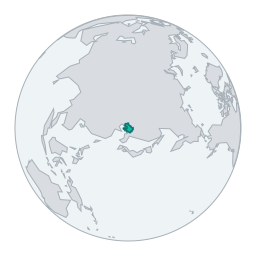 the Earth from above Liaoning, rotated 63°
{"feature_id": "CHN-1813", "entity_name": "Liaoning", "entity_type": "Province", "adm_level": 1, "iso_a3": "CHN", "parent_name": "China", "parent_adm1": "", "projection": "orthographic", "projection_center": [122.279, 41.097], "detail": "fine", "context": "on_globe", "style": "filled", "palette": "teal", "viewbox_px": 256, "rotation_deg": 63, "n_neighbors": 0, "source": "natural_earth", "source_scale": "10m", "svg_char_len": 13852}
<svg xmlns="http://www.w3.org/2000/svg" viewBox="0 0 256 256"><g transform="rotate(63 128 128)"><circle cx="128" cy="128" r="113" fill="#eef3f6" stroke="#a8b0b8"/><path d="M219.5,189.5L219.4,189.9L219.3,190.1L219.5,189.5ZM209.9,50.7L209.4,50.3L210.5,52.0L206.9,50.7L197.1,45.4L197.4,44.4L195.0,43.5L194.5,44.8L194.7,46.0L185.8,46.7L182.8,53.5L185.6,57.8L182.0,55.4L189.9,65.3L190.7,71.6L187.5,63.2L185.4,61.5L184.8,65.0L182.5,64.0L180.9,65.2L178.2,63.7L176.5,59.2L174.7,58.3L174.4,60.9L171.5,61.3L172.3,57.6L167.3,58.0L163.6,51.2L167.8,43.6L163.5,39.7L161.7,31.8L159.6,31.8L157.6,29.1L154.4,28.2L155.0,27.3L151.9,27.5L152.0,28.5L150.7,29.0L148.8,28.7L149.2,27.3L150.2,27.3L149.4,26.7L150.4,26.2L148.8,26.3L149.6,24.8L146.1,25.8L144.3,24.2L145.6,23.4L149.1,24.1L160.6,24.9L162.9,24.8L162.7,23.6L154.7,19.9L155.8,19.6L154.7,18.9L152.4,18.5L152.5,19.1L148.0,18.5L148.7,19.5L147.0,19.6L146.2,20.6L142.5,19.8L139.2,18.7L139.6,17.9L138.2,17.4L134.7,17.9L132.4,16.4L125.7,15.7L130.9,15.4L138.9,15.9L142.8,16.3L151.2,17.8L159.5,19.9L167.6,22.6L175.5,25.9L183.1,29.8L190.4,34.2L197.3,39.2L203.8,44.7L209.9,50.7ZM140.0,16.0L137.4,15.8L137.3,15.7L140.0,16.0ZM233.5,110.2L232.6,108.4L233.4,108.3L233.5,110.2ZM231.9,108.2L232.2,108.6L231.9,108.5L231.9,108.2ZM231.6,108.7L231.8,108.4L231.6,109.0L231.6,108.7ZM231.2,109.6L231.4,109.0L231.2,109.6ZM230.3,110.3L230.1,110.5L230.1,109.7L230.3,110.3ZM195.2,46.7L194.7,45.0L196.1,44.3L196.7,45.8L195.2,46.7ZM192.3,48.5L191.5,47.3L194.2,48.0L193.9,48.5L192.3,48.5ZM188.1,61.3L188.2,59.4L188.9,61.6L188.1,61.3ZM181.1,65.6L181.8,66.5L180.7,66.7L181.1,65.6ZM148.3,21.0L147.3,20.8L148.0,20.7L148.3,21.0ZM149.0,21.7L150.5,21.7L151.1,22.0L150.1,22.0L149.0,21.7ZM175.5,64.9L173.5,65.2L175.3,64.1L175.5,64.9ZM147.0,21.6L151.8,22.7L152.7,23.3L149.8,23.8L147.0,21.6ZM172.1,64.8L167.1,65.8L168.3,67.8L162.2,63.0L168.4,63.6L170.5,61.8L170.5,63.7L172.1,64.8ZM152.8,29.0L152.7,27.9L154.6,29.2L152.8,29.0ZM154.4,29.8L162.0,33.7L161.3,35.4L158.9,33.7L159.4,36.4L155.3,35.3L154.1,33.5L155.3,32.6L152.8,32.9L154.4,29.8ZM159.6,60.3L158.2,59.9L159.4,59.4L159.6,60.3ZM150.3,29.3L151.9,29.9L151.4,31.4L148.1,30.6L149.3,30.3L150.3,29.3ZM161.5,37.7L160.5,38.8L157.0,38.1L156.1,38.5L155.1,35.4L161.5,37.7ZM148.5,29.8L146.4,30.1L145.0,29.2L148.7,28.9L148.5,29.8ZM152.7,32.1L152.3,32.9L151.4,32.2L152.7,32.1ZM138.6,26.2L140.5,26.6L140.4,27.4L138.6,26.2ZM145.8,30.3L146.3,30.7L146.5,31.1L144.9,31.1L145.8,30.3ZM152.7,35.2L151.4,34.8L152.9,36.5L150.3,36.2L150.1,34.2L149.0,35.0L148.2,34.9L149.0,33.4L152.7,35.2ZM143.8,32.5L142.6,30.1L139.0,29.0L139.0,28.2L144.8,30.1L143.8,32.5ZM146.8,33.1L144.9,32.5L145.8,31.8L147.7,31.7L146.8,33.1ZM148.5,36.8L152.6,37.7L152.5,38.1L148.5,36.8ZM142.5,32.3L142.8,32.8L142.2,32.3L142.5,32.3ZM146.5,35.5L147.9,35.7L147.8,36.2L146.5,35.5ZM142.2,33.9L141.9,33.1L143.1,33.0L142.2,33.9ZM144.0,34.8L143.5,35.4L143.8,33.5L144.7,34.8L144.0,34.8ZM146.1,35.9L146.5,36.3L145.5,35.8L146.1,35.9ZM137.7,34.8L137.8,32.5L140.6,32.2L140.1,34.5L137.7,34.8ZM56.2,41.2L52.1,44.9L45.4,53.7L44.0,55.6L41.2,57.8L33.3,70.6L35.0,70.4L31.5,80.7L31.4,86.0L37.8,81.4L37.9,72.5L41.5,68.0L44.3,72.4L44.8,80.6L46.2,79.2L48.9,71.7L52.1,71.6L50.2,69.1L48.7,71.6L47.5,70.1L48.8,67.8L49.9,67.8L50.6,65.0L45.3,66.2L43.2,68.9L43.3,63.7L39.7,67.7L38.7,67.5L44.2,60.6L46.0,59.3L53.7,50.3L51.8,51.0L44.4,59.8L45.4,58.0L42.7,59.5L45.5,56.9L54.1,47.6L56.2,43.7L53.5,43.7L55.8,41.5L59.5,38.6L60.4,37.9L66.5,34.1L60.6,39.5L62.7,38.6L68.5,34.9L66.2,37.0L67.8,36.3L66.1,38.4L68.0,39.5L66.9,41.7L72.0,40.5L72.1,41.6L69.1,41.9L66.3,43.5L64.1,49.5L64.9,50.2L68.4,49.1L67.3,51.1L71.0,49.2L71.8,52.4L73.9,47.1L78.1,46.0L80.9,47.3L82.7,46.1L78.1,44.1L75.9,44.2L73.4,45.8L67.7,45.9L67.6,44.2L74.9,40.8L75.5,38.3L81.0,37.1L90.1,42.5L91.8,45.9L85.3,53.9L82.4,53.7L83.3,50.5L78.5,54.5L80.8,53.6L79.9,55.4L83.7,55.2L83.3,56.5L87.6,54.2L87.5,55.8L84.7,57.2L90.2,58.6L91.1,61.9L92.5,61.6L93.8,60.4L94.1,65.6L95.2,65.2L95.5,63.3L97.8,61.3L102.0,60.0L101.9,61.9L100.3,62.6L96.9,67.1L92.8,69.0L93.2,69.6L96.7,68.5L100.9,62.9L103.4,61.6L101.9,64.3L102.6,63.2L103.9,63.2L105.0,64.9L106.9,62.1L120.6,60.1L124.1,63.6L121.2,66.0L130.6,67.5L133.8,71.9L134.1,70.1L138.8,69.9L137.9,68.5L138.4,67.6L150.1,67.3L152.7,68.8L158.1,67.2L158.2,66.3L156.6,65.0L162.2,63.0L168.3,67.8L167.6,69.5L171.9,71.6L169.8,75.2L170.0,79.4L165.3,82.5L165.9,85.8L167.5,86.3L169.5,91.3L168.2,100.4L162.2,90.8L162.9,78.0L162.0,82.8L160.1,81.2L158.5,82.6L158.0,86.3L159.3,87.1L147.7,91.0L142.5,100.4L148.0,100.5L150.6,103.7L149.4,115.8L135.9,130.4L139.3,136.0L138.9,139.4L134.8,141.0L135.2,136.1L131.8,133.8L132.6,131.0L126.1,132.3L127.1,128.3L121.6,131.6L122.7,135.1L128.1,135.2L123.0,140.0L127.4,146.4L127.0,153.1L116.4,163.0L107.1,164.6L106.3,166.4L103.1,163.4L98.1,166.2L103.5,178.5L103.0,181.5L95.2,185.3L95.2,183.1L86.6,175.0L84.5,181.6L90.9,189.4L93.1,196.5L87.9,193.0L85.7,186.6L82.7,183.5L84.0,177.7L82.3,167.4L77.0,167.3L77.8,163.6L74.7,153.8L67.4,153.1L55.6,157.7L53.3,166.5L49.5,168.3L46.6,151.6L48.1,141.7L45.3,140.5L43.8,129.0L36.1,119.4L36.6,116.3L34.8,115.4L34.0,109.9L35.3,105.0L34.1,102.9L31.0,116.0L32.5,118.3L35.9,117.3L34.6,121.2L35.6,127.4L29.0,130.5L20.2,123.5L21.9,116.3L28.7,90.8L29.9,89.4L30.1,89.2L30.3,88.7L28.3,90.5L30.3,85.9L23.9,101.7L21.7,107.3L20.0,123.6L19.5,123.9L19.8,128.2L23.7,133.7L23.2,135.7L19.7,141.4L16.6,143.8L17.7,151.0L16.4,142.9L15.6,134.8L15.4,126.7L15.8,118.5L16.7,110.5L18.3,102.5L20.4,94.6L23.1,86.9L26.4,79.4L30.1,72.2L34.4,65.3L39.2,58.7L44.4,52.5L50.1,46.6L56.2,41.2ZM42.6,93.3L44.6,98.4L48.3,92.2L49.4,93.7L50.2,91.1L48.6,91.7L51.3,85.2L53.9,86.2L56.0,84.0L55.4,82.2L50.3,81.5L46.3,90.7L43.9,91.3L42.6,93.3ZM129.0,15.4L125.7,15.5L126.8,15.4L123.9,15.4L129.0,15.4ZM136.1,15.7L133.3,15.5L136.6,15.7L136.1,15.7ZM78.6,31.2L76.5,32.4L75.0,32.5L76.5,30.5L78.6,30.2L78.6,31.2ZM73.9,34.2L80.8,31.8L80.1,33.3L79.3,32.8L78.2,34.0L76.6,33.6L69.3,37.6L67.5,38.0L71.2,33.6L71.0,34.7L73.0,33.3L73.9,34.2ZM99.4,25.5L102.4,25.2L97.2,28.6L95.0,28.6L96.3,26.4L99.7,25.1L99.4,25.5ZM141.0,22.5L142.5,22.6L142.3,22.9L141.0,23.1L141.0,22.5ZM139.5,26.3L134.4,22.7L135.9,22.5L131.2,20.9L133.1,20.0L136.1,21.0L134.1,19.2L137.6,19.7L135.8,18.6L142.2,21.0L145.2,21.6L141.1,21.3L139.2,22.1L139.3,22.6L141.8,24.7L147.4,26.7L146.5,28.1L144.3,28.6L142.8,28.3L143.9,27.4L141.1,27.7L141.6,26.3L139.5,26.3ZM119.4,36.3L121.3,34.9L115.8,36.2L116.3,34.4L115.6,34.6L114.5,33.4L112.0,32.4L112.7,31.6L111.4,31.6L110.6,30.8L109.1,30.6L109.8,29.1L108.0,28.7L109.4,28.3L106.1,28.1L108.9,27.6L108.2,26.7L105.8,27.6L113.6,21.5L114.7,19.7L114.1,18.7L119.0,18.3L122.7,19.2L125.1,21.1L123.4,23.0L125.9,22.7L125.8,23.5L123.9,23.5L126.8,24.1L126.2,24.9L128.4,27.3L133.1,28.1L134.0,29.1L131.9,29.2L134.3,30.2L130.9,31.1L131.5,31.9L128.7,33.7L124.3,33.6L125.3,34.5L123.2,36.1L119.4,36.3ZM136.9,35.3L131.5,35.3L129.0,34.3L134.9,31.6L134.8,30.8L138.4,29.3L141.9,30.7L140.5,31.0L140.0,31.6L139.1,30.9L139.4,32.0L137.6,32.4L137.3,33.4L135.6,33.1L136.9,35.3ZM44.6,55.9L43.9,57.2L43.3,58.7L41.6,59.8L44.6,55.9ZM50.4,49.5L50.0,50.2L47.4,52.3L48.1,51.2L50.4,49.5ZM52.1,49.0L50.2,50.1L51.7,48.9L52.1,49.0ZM69.0,42.6L68.9,43.5L68.1,43.9L67.1,43.9L69.0,42.6ZM103.2,40.9L104.7,40.0L105.2,40.3L109.2,39.5L109.2,41.0L106.8,42.0L103.2,40.9ZM36.6,80.9L35.3,80.6L35.8,79.2L36.2,79.5L36.6,80.9ZM37.6,69.5L36.3,72.8L37.1,69.8L37.6,69.5ZM103.9,42.4L105.5,41.9L104.5,43.0L103.9,42.4ZM109.4,42.1L108.6,43.3L109.7,41.1L109.4,42.1ZM22.6,167.6L22.9,168.4L22.6,166.8L24.8,172.6L25.9,175.7L22.6,167.6ZM121.6,215.0L125.1,215.6L125.0,215.9L121.6,215.0ZM117.9,213.4L121.9,213.9L117.3,214.1L117.9,213.4ZM123.4,214.1L127.5,213.7L129.2,213.3L128.9,214.0L123.4,214.1ZM115.2,213.1L101.0,210.7L95.5,208.5L96.7,207.4L105.6,209.6L115.2,213.1ZM96.2,207.3L87.9,201.2L77.1,185.6L81.0,187.2L92.4,198.1L91.6,199.1L96.7,203.5L96.2,207.3ZM116.8,203.9L116.0,207.4L108.1,205.9L104.5,204.7L102.0,199.4L103.4,197.2L106.3,197.9L118.0,191.0L121.9,193.6L118.3,196.9L121.6,200.6L116.8,203.9ZM53.5,167.6L55.1,174.2L53.1,174.0L53.5,167.6ZM123.0,185.2L118.1,188.6L122.7,183.8L123.0,185.2ZM125.9,180.3L126.0,182.4L124.3,180.2L125.9,180.3ZM105.9,169.4L102.8,169.3L102.9,167.7L106.9,167.0L105.9,169.4ZM126.6,158.7L126.0,163.4L125.2,164.9L124.1,161.9L126.6,158.7ZM106.3,55.9L100.7,55.1L96.6,55.9L94.4,58.3L95.2,54.8L101.4,53.5L106.3,55.9ZM118.9,59.3L120.8,57.4L121.6,58.6L121.2,59.2L118.9,59.3ZM118.9,57.9L118.2,55.0L120.4,54.2L120.5,56.6L118.9,57.9ZM110.8,48.2L109.2,47.8L110.0,46.9L110.8,48.2ZM160.9,235.6L160.6,235.2L165.3,233.9L163.5,234.8L160.9,235.6ZM199.6,215.0L199.9,214.7L199.6,215.0ZM143.1,234.7L121.2,237.2L116.2,236.5L117.2,235.5L112.3,231.0L113.9,231.3L112.5,228.1L125.4,226.3L134.5,220.5L141.9,220.9L147.3,215.9L155.1,215.7L152.9,219.6L161.0,220.9L166.3,212.0L171.5,219.5L177.6,220.5L179.6,223.8L169.6,231.6L163.6,234.0L162.4,234.0L159.9,234.9L156.0,235.6L153.5,234.7L151.1,235.5L153.3,234.0L149.9,235.6L147.7,234.8L143.1,234.7ZM198.4,209.1L199.6,208.6L201.6,208.6L199.6,209.5L198.4,209.1ZM216.5,193.5L217.0,193.5L215.8,194.7L216.5,193.5ZM219.3,190.1L217.8,191.6L219.5,189.5L219.3,190.1ZM204.5,201.7L205.1,201.8L204.6,202.2L204.5,201.7ZM204.0,201.8L204.7,200.6L204.6,201.4L204.0,201.8ZM198.3,200.1L199.0,199.3L199.3,199.6L198.3,200.1ZM130.3,215.9L135.1,213.5L137.8,213.4L130.3,215.9ZM197.2,199.6L195.4,200.2L195.6,199.7L197.2,199.6ZM197.3,198.4L197.1,197.8L198.2,198.9L197.3,198.4ZM193.8,198.2L196.0,198.6L193.5,198.4L193.8,198.2ZM192.5,198.8L190.9,198.8L191.0,198.5L192.5,198.8ZM174.7,204.7L180.7,207.6L176.0,208.6L170.7,207.1L166.7,210.3L157.5,211.1L159.5,209.3L158.2,207.0L148.9,206.7L147.0,205.1L150.3,203.8L144.1,202.7L150.9,201.7L153.6,205.0L157.4,202.0L164.1,201.9L170.7,202.1L176.0,203.5L174.7,204.7ZM151.0,209.1L152.1,209.1L151.1,210.1L151.0,209.1ZM187.8,198.0L190.2,198.8L189.9,199.3L188.8,199.4L187.8,198.0ZM177.2,202.7L182.9,198.6L184.3,198.3L180.5,202.3L177.2,202.7ZM181.5,197.1L184.2,196.8L185.6,198.0L185.1,198.6L181.5,197.1ZM137.3,206.3L137.0,207.3L135.3,206.5L137.3,206.3ZM139.5,205.8L144.7,206.8L139.0,206.6L139.5,205.8ZM123.9,201.6L125.4,204.1L130.1,202.9L126.5,204.8L129.7,208.7L128.7,210.0L125.4,205.8L124.4,209.8L122.3,209.6L121.1,206.0L123.2,201.7L125.3,200.1L133.8,199.8L123.9,201.6ZM139.4,203.0L138.1,200.2L139.1,198.4L140.6,199.9L139.4,203.0ZM134.1,193.3L130.6,189.8L127.3,190.8L134.1,186.5L136.3,190.6L134.1,193.3ZM131.3,185.7L128.2,186.7L131.5,184.1L131.3,185.7ZM127.5,185.4L127.2,183.0L129.6,183.5L127.5,185.4ZM132.9,185.9L133.7,181.8L134.8,184.3L132.9,185.9ZM126.5,177.3L131.5,181.8L124.9,179.5L125.1,171.2L127.9,171.3L126.5,177.3ZM145.7,143.3L145.2,140.7L148.0,140.2L147.5,142.1L145.7,143.3ZM156.4,136.7L148.5,139.2L142.2,141.4L143.9,142.7L142.1,147.0L139.7,142.8L144.5,138.1L149.2,137.3L150.3,133.6L154.1,131.1L153.9,126.4L155.6,124.4L157.3,128.4L156.4,136.7ZM153.6,124.5L154.6,116.2L159.5,117.3L160.4,119.4L157.9,122.6L155.4,121.8L153.6,124.5ZM156.3,114.6L153.9,113.8L150.4,101.7L150.8,99.4L156.1,108.9L154.2,108.7L154.2,111.7L156.3,114.6ZM158.4,60.9L158.2,60.0L159.3,60.8L158.4,60.9ZM137.7,66.9L138.6,65.8L139.8,66.7L137.7,66.9ZM141.6,63.5L139.7,63.3L141.8,62.7L141.6,63.5ZM135.2,63.0L138.9,62.8L135.3,64.1L135.2,63.0Z" fill="#d9dde1" stroke="#a8b0b8" stroke-width="1"/><path d="M133.1,128.4L133.0,128.5L132.9,128.5L132.7,128.7L132.7,128.8L132.4,128.9L132.1,129.0L131.9,129.1L131.8,129.3L131.7,129.4L131.6,129.5L131.4,129.6L131.1,129.9L131.1,130.1L131.0,130.3L130.8,130.5L130.7,130.4L130.7,130.5L130.5,130.4L130.4,130.5L130.2,130.5L130.1,130.4L130.0,130.6L129.9,130.6L129.7,130.7L129.4,130.5L129.5,130.6L129.4,130.6L129.5,130.7L129.4,130.8L129.2,130.8L128.9,130.9L128.8,131.0L128.6,131.1L128.4,131.2L128.3,131.3L128.2,131.3L128.0,131.5L127.9,131.6L127.7,131.8L127.8,131.8L127.6,131.9L127.6,132.0L127.4,132.0L127.5,132.1L127.3,132.0L127.2,132.1L126.9,132.2L127.1,132.3L126.9,132.4L126.8,132.5L126.6,132.5L126.4,132.5L126.2,132.6L126.3,132.5L126.2,132.4L126.3,132.3L126.2,132.3L126.2,132.2L126.3,132.2L126.5,132.2L126.8,132.1L127.1,131.9L127.0,131.7L127.2,131.4L127.3,131.4L127.5,131.3L127.3,131.4L127.1,131.3L126.9,131.4L126.8,131.2L126.7,131.1L126.4,131.1L126.5,130.9L126.8,130.9L126.8,130.6L126.9,130.4L127.0,130.4L127.3,130.2L127.5,130.0L127.6,129.9L127.7,129.7L127.9,129.4L128.0,129.3L128.0,129.2L127.9,129.0L127.8,128.9L127.7,128.7L127.4,128.5L127.3,128.3L127.4,128.2L127.3,128.3L127.2,128.5L126.9,128.4L126.7,128.4L126.4,128.3L126.2,128.4L126.2,128.5L126.0,128.8L125.8,128.8L125.8,129.0L125.6,129.1L125.5,129.3L125.4,129.3L125.5,129.4L125.3,129.5L125.2,129.7L125.0,129.8L124.5,130.0L124.4,130.0L124.2,130.0L124.2,129.9L124.2,129.7L124.0,129.4L124.0,129.2L123.9,129.0L123.5,129.0L123.4,128.9L123.4,128.7L123.3,128.8L123.2,128.8L122.9,128.4L123.0,128.2L123.2,127.9L123.4,127.8L123.5,127.7L123.7,127.4L123.7,127.2L123.7,126.9L123.6,126.6L123.7,126.4L123.7,126.2L123.8,126.1L123.7,125.9L123.6,125.7L123.9,125.5L124.0,125.4L124.1,125.5L124.4,125.8L124.5,125.8L124.4,125.9L124.5,126.0L124.6,126.4L124.7,126.5L124.8,126.8L124.8,126.7L125.0,126.4L125.3,126.1L125.4,125.9L125.6,125.9L125.8,125.8L126.0,125.6L126.7,125.2L126.9,125.2L127.0,125.2L127.1,125.3L127.4,125.2L127.5,124.9L127.9,124.9L128.0,125.0L128.2,124.9L128.1,124.6L128.3,124.6L128.7,124.8L128.9,124.8L129.0,124.7L129.3,124.4L129.5,124.2L129.9,124.1L130.0,123.9L130.0,123.6L130.0,123.4L130.5,123.6L130.8,123.7L130.9,123.8L131.1,124.0L131.0,124.3L131.1,124.5L131.4,124.3L131.4,124.2L131.5,124.1L131.7,124.5L131.8,124.6L131.9,124.9L132.0,125.0L132.3,125.4L132.2,125.4L132.2,125.5L132.4,125.6L132.4,125.8L132.5,125.8L132.6,126.0L132.4,126.2L132.4,126.3L132.4,126.5L132.5,126.6L132.4,126.8L132.5,126.8L132.8,127.3L133.0,127.4L133.0,127.5L133.2,127.8L133.1,128.1L132.9,128.3L133.1,128.3L133.1,128.4ZM126.7,131.2L126.7,131.3L126.6,131.2L126.5,131.3L126.5,131.2L126.7,131.2ZM128.6,131.6L128.4,131.6L128.6,131.6L128.6,131.6ZM128.1,131.8L128.1,131.7L128.2,131.8L128.1,131.8ZM129.4,131.9L129.4,132.0L129.4,131.9Z" fill="#14b8a6" stroke="#0f766e" stroke-width="1.5"/></g></svg>